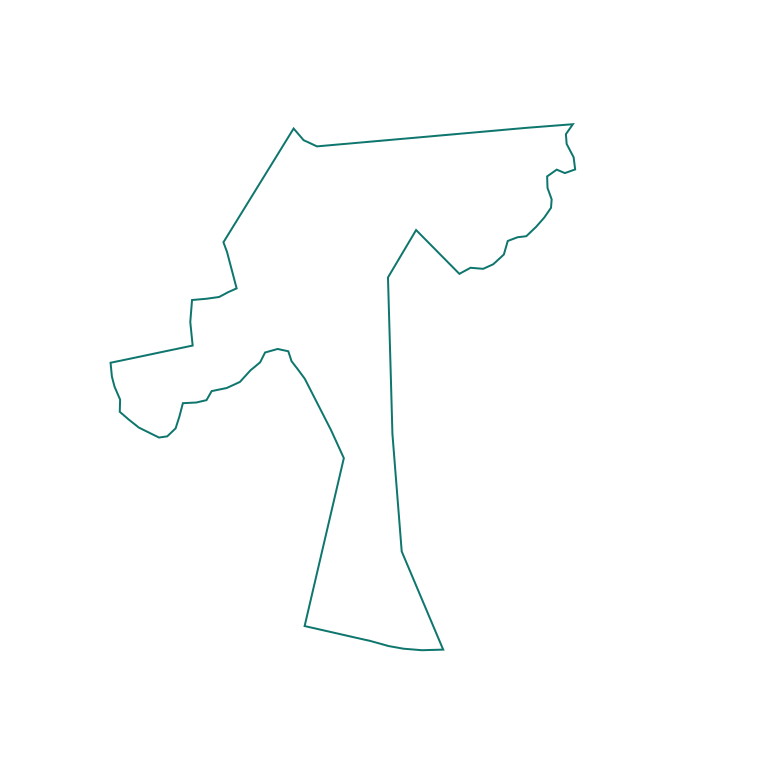 Caiçara, Paraíba, Brazil (Mercator projection), rotated 162°
{"feature_id": "56859067B64465430989239", "entity_name": "Caiçara", "entity_type": "district", "adm_level": 2, "iso_a3": "BRA", "parent_name": "Brazil", "parent_adm1": "Paraíba", "projection": "mercator", "projection_center": [-35.407, -6.583], "detail": "fine", "context": "isolated", "style": "outline", "palette": "teal", "viewbox_px": 768, "rotation_deg": 162, "n_neighbors": 0, "source": "geoboundaries", "source_scale": "gbopen_adm2", "svg_char_len": 1090}
<svg xmlns="http://www.w3.org/2000/svg" viewBox="0 0 768 768"><g transform="rotate(162 384 384)"><path d="M409.8,113.1L418.9,219.3L416.3,230.1L391.4,334.0L377.9,379.8L347.3,484.1L305.9,520.5L278.3,465.5L265.8,467.8L254.1,462.9L243.2,464.1L230.0,470.1L222.1,481.8L211.7,482.3L203.0,480.6L190.9,486.4L180.1,492.8L170.7,500.0L167.5,507.8L167.9,520.0L164.7,531.0L153.5,534.5L146.8,528.7L135.9,529.0L133.6,540.9L136.1,555.9L133.8,565.4L124.1,572.7L169.3,583.6L374.3,630.7L385.1,640.7L391.0,654.9L492.9,568.4L492.5,558.0L494.6,520.5L503.8,519.5L513.9,517.7L526.8,520.0L540.6,523.2L549.1,502.8L554.1,479.7L637.5,488.7L640.5,475.1L641.1,464.7L639.8,450.7L643.9,439.2L637.9,429.3L630.7,418.4L620.9,408.8L614.5,402.6L606.3,401.2L595.9,406.2L588.7,416.2L581.2,427.9L568.2,424.4L557.8,423.5L550.1,430.5L534.8,428.8L520.4,430.5L506.7,438.3L495.1,442.9L487.4,450.7L474.4,450.2L464.9,444.7L464.9,434.3L461.3,424.2L457.7,413.4L448.6,356.3L445.1,325.9L501.8,232.1L534.3,178.3L490.2,152.0L476.5,143.9L460.7,133.4L447.2,126.2L430.2,119.1L409.8,113.1Z" fill="none" stroke="#0f766e" stroke-width="2"/></g></svg>